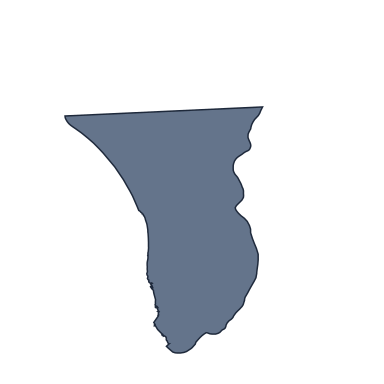 outline of Ciudad del Plata, San José, Uruguay, rotated 57°
{"feature_id": "84410073B44355686376037", "entity_name": "Ciudad del Plata", "entity_type": "district", "adm_level": 2, "iso_a3": "URY", "parent_name": "Uruguay", "parent_adm1": "San José", "projection": "equal_earth", "projection_center": [-56.41, -34.718], "detail": "fine", "context": "isolated", "style": "filled", "palette": "slate", "viewbox_px": 384, "rotation_deg": 57, "n_neighbors": 0, "source": "geoboundaries", "source_scale": "gbopen_adm2", "svg_char_len": 3583}
<svg xmlns="http://www.w3.org/2000/svg" viewBox="0 0 384 384"><g transform="rotate(57 192 192)"><path d="M159.1,86.5L59.1,257.1L60.7,257.9L62.5,258.2L64.9,258.3L67.4,258.1L70.0,257.4L72.6,256.4L75.2,255.3L82.0,252.6L82.9,252.3L83.5,252.1L90.4,249.9L97.4,247.9L105.2,246.3L110.9,245.3L128.8,243.1L144.4,242.8L150.9,243.2L157.0,243.5L162.8,244.0L167.1,244.7L174.3,245.9L178.5,246.7L179.4,246.2L180.4,246.0L181.3,245.9L182.0,245.5L182.7,245.5L183.3,245.7L183.7,245.2L184.4,245.1L185.0,245.4L185.5,245.5L186.2,245.2L188.4,245.6L190.1,246.2L193.3,247.0L194.6,247.4L196.2,248.1L197.5,248.7L198.6,249.2L199.9,249.8L201.5,250.8L203.0,251.5L206.7,253.6L210.5,255.9L214.2,258.3L215.1,258.8L215.9,259.4L218.1,261.1L218.3,261.3L218.7,261.8L220.3,263.0L221.0,263.1L221.2,263.8L222.1,264.0L222.8,264.5L223.4,264.9L224.0,265.4L225.3,266.6L225.7,267.1L226.1,267.4L227.0,268.2L227.6,268.6L229.0,269.5L230.3,270.2L232.3,271.6L233.7,272.3L234.7,272.9L235.9,274.4L237.2,274.9L238.2,274.8L239.3,275.3L240.1,276.4L241.6,276.6L242.0,276.2L243.3,276.7L243.6,277.1L244.3,277.2L245.0,277.0L246.2,276.3L246.2,275.5L246.9,275.1L246.9,276.8L248.4,276.7L248.8,278.4L250.0,278.4L249.4,277.6L249.2,276.7L251.1,277.1L251.1,278.0L251.9,278.3L252.8,278.0L254.0,278.1L254.7,278.6L256.8,279.4L262.4,281.2L264.0,282.4L265.2,283.2L265.9,283.5L266.2,284.1L266.6,284.5L268.0,284.2L268.1,285.1L268.6,285.5L269.3,285.3L269.2,283.6L270.4,283.6L270.0,284.5L273.4,284.9L273.4,285.7L274.5,284.9L274.9,286.1L276.8,286.9L276.8,287.7L277.6,287.7L280.6,295.1L282.9,295.1L282.9,295.9L283.7,296.4L283.7,295.5L288.6,295.7L293.1,294.8L295.4,294.2L295.4,295.0L295.8,295.0L295.8,294.2L297.3,294.6L297.3,293.8L298.9,292.9L300.4,293.0L301.4,293.8L302.6,294.2L303.4,293.9L304.2,294.2L305.8,294.3L306.3,294.5L306.6,294.6L306.9,294.0L307.5,297.5L309.7,297.0L312.6,296.2L315.7,295.3L317.7,293.7L318.7,292.4L319.2,291.7L320.7,289.4L321.5,287.6L322.1,286.3L322.8,283.5L322.8,280.8L322.8,278.5L322.8,278.2L322.6,276.6L322.1,274.8L321.4,272.2L320.1,270.6L319.3,267.9L318.4,264.5L317.9,261.8L317.7,259.2L317.7,256.8L318.4,255.9L319.5,255.1L320.7,254.2L322.1,252.5L323.1,251.0L324.0,249.6L324.7,247.2L324.9,245.2L324.4,243.1L324.1,241.5L324.4,240.1L324.2,238.4L323.4,237.1L322.1,235.8L321.0,233.9L320.2,231.2L320.1,228.4L319.8,227.0L319.5,226.0L318.5,224.4L317.9,222.8L317.3,221.3L317.0,220.1L316.7,218.8L316.4,217.3L316.2,216.1L315.9,214.9L315.6,213.8L315.3,212.5L314.9,211.6L314.6,210.9L314.0,210.0L313.3,209.2L312.7,208.5L312.0,207.6L311.3,206.8L310.8,206.5L309.4,205.1L308.8,204.0L307.0,200.4L305.1,197.0L303.5,194.0L303.0,193.0L301.5,190.1L300.8,188.7L298.7,185.0L298.2,184.6L295.9,182.4L295.6,182.1L294.7,181.5L293.0,180.1L290.0,177.5L288.5,176.2L285.0,173.5L280.2,170.4L274.3,168.7L269.3,167.8L264.1,166.7L258.2,165.1L255.0,163.1L251.4,162.1L246.7,161.7L242.6,162.4L238.7,163.8L235.2,164.6L232.8,164.9L230.4,164.9L228.7,164.3L227.6,162.2L227.1,160.0L226.6,157.5L226.0,154.7L224.6,151.9L223.3,150.8L221.2,149.6L219.1,148.2L217.2,147.5L215.0,147.2L213.0,146.7L211.3,146.4L209.1,146.2L207.0,146.0L204.7,145.8L202.8,146.0L200.6,146.3L198.1,146.1L196.3,145.6L194.3,144.4L192.1,142.9L190.7,141.5L189.2,139.5L188.3,137.5L187.8,135.7L187.6,133.8L187.6,131.6L187.6,129.5L187.4,127.4L187.4,125.7L187.5,124.4L187.8,122.8L187.8,121.4L187.5,120.4L186.5,118.8L185.4,117.6L183.8,116.8L182.2,116.4L180.2,116.1L178.1,115.7L176.7,115.3L175.5,114.5L174.0,113.4L173.0,112.0L171.9,110.1L171.1,108.5L169.5,107.0L167.9,105.1L166.6,102.9L165.3,100.1L164.6,97.2L164.0,94.8L162.8,92.3L161.1,89.9L159.1,86.5Z" fill="#64748b" stroke="#1e293b" stroke-width="1.5"/></g></svg>